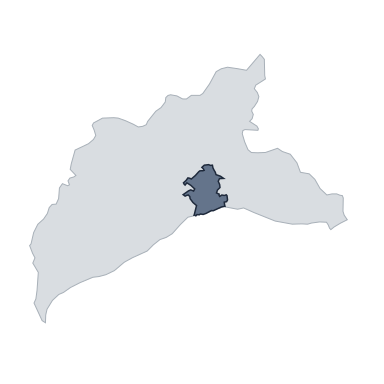 location of Hîncesti within Moldova, rotated 275°
{"feature_id": "MDA-1639", "entity_name": "Hîncesti", "entity_type": "District", "adm_level": 1, "iso_a3": "MDA", "parent_name": "Moldova", "parent_adm1": "", "projection": "natural_earth1", "projection_center": [28.404, 46.831], "detail": "fine", "context": "in_parent", "style": "filled", "palette": "slate", "viewbox_px": 384, "rotation_deg": 275, "n_neighbors": 0, "source": "natural_earth", "source_scale": "10m", "svg_char_len": 2871}
<svg xmlns="http://www.w3.org/2000/svg" viewBox="0 0 384 384"><g transform="rotate(275 192 192)"><path d="M49.0,57.4L50.8,53.9L67.6,44.3L71.9,45.8L80.6,46.2L98.5,45.9L107.3,39.6L112.7,41.3L117.1,38.5L124.5,34.9L125.5,35.7L126.4,36.2L137.8,37.8L146.4,41.2L152.1,46.5L158.0,49.8L164.0,51.1L167.4,53.7L168.1,57.7L173.8,59.7L184.5,59.6L189.0,62.2L187.4,67.6L188.5,69.3L192.3,67.5L195.2,69.1L196.7,73.0L198.4,74.9L203.9,68.7L209.7,69.3L223.6,71.9L231.1,84.7L235.8,89.3L239.9,91.2L245.0,89.2L249.6,86.8L252.2,87.9L257.8,96.4L259.2,107.5L259.2,112.0L257.2,119.6L254.4,127.6L252.1,132.8L253.1,137.1L255.1,140.6L258.5,141.7L269.3,148.9L273.4,153.8L279.3,157.5L283.8,157.7L286.1,159.7L287.0,162.2L286.4,168.6L283.9,174.5L284.2,178.4L288.2,182.9L288.7,188.2L289.0,191.6L291.1,194.2L301.1,200.0L314.0,205.6L317.3,210.4L319.4,216.5L318.8,226.8L318.0,235.7L335.0,247.8L333.1,250.0L330.5,252.5L314.3,254.3L311.0,255.3L304.0,246.2L300.3,245.1L296.8,248.4L292.8,250.3L287.9,249.4L282.6,246.6L280.0,244.6L277.8,244.4L274.6,246.3L270.2,245.5L267.4,243.2L263.3,250.9L260.8,252.6L259.2,252.3L258.8,239.3L257.6,237.3L254.4,237.0L246.5,240.1L239.0,244.1L236.5,247.7L236.8,254.1L237.8,261.8L243.0,273.4L240.2,278.5L238.2,286.6L230.2,294.0L221.1,298.3L220.3,307.2L215.3,313.3L206.6,319.3L200.8,326.6L202.3,331.6L202.7,336.4L201.7,339.6L201.5,342.1L199.2,343.2L185.9,344.1L182.2,345.6L177.9,349.1L173.8,342.5L169.6,336.7L166.6,333.6L167.9,332.2L171.2,330.5L173.6,328.6L173.3,321.7L171.5,313.8L170.0,310.0L169.8,304.0L168.7,294.7L170.3,277.4L176.9,255.6L180.6,244.8L178.8,238.9L180.2,225.1L177.4,218.3L172.9,209.4L166.5,190.1L158.6,183.3L148.8,176.0L144.6,170.4L141.8,164.2L136.0,158.1L129.3,152.5L121.4,138.5L117.2,132.2L116.0,130.5L106.9,121.5L102.1,113.4L99.7,106.8L98.4,100.6L92.0,88.5L86.3,79.3L80.8,72.8L78.3,68.2L71.8,62.4L62.6,57.8L56.7,57.0L49.0,57.4Z" fill="#d9dde1" stroke="#a8b0b8" stroke-width="1"/><path d="M170.7,204.2L170.8,203.0L170.8,202.2L169.9,201.2L170.0,199.9L169.9,198.8L168.6,197.9L169.3,196.4L169.2,196.1L170.0,196.3L178.9,197.7L181.6,193.9L185.2,190.7L187.3,190.2L188.7,188.5L188.1,186.9L187.3,185.5L188.6,183.4L192.9,188.5L194.0,190.6L193.1,193.5L195.3,194.4L198.5,190.3L200.7,186.1L198.3,184.5L199.2,183.4L200.4,182.7L203.0,185.1L205.7,186.7L205.5,188.5L204.9,190.2L208.7,193.9L212.7,196.9L213.7,197.9L214.0,199.4L214.1,200.9L214.6,202.2L216.1,201.3L217.4,199.7L219.8,201.9L220.7,206.2L220.1,208.0L220.5,210.0L218.0,210.7L215.8,212.0L213.7,213.5L211.4,214.4L210.2,219.0L208.3,222.3L207.7,218.2L205.0,217.2L201.8,218.9L198.9,219.5L196.2,217.2L193.2,216.5L192.7,217.8L192.3,219.2L191.0,219.3L190.0,220.0L191.6,222.0L191.4,224.0L191.5,225.1L192.2,226.3L191.4,227.2L187.2,228.1L185.4,227.3L184.7,225.0L182.1,225.6L180.6,226.1L180.6,225.7L179.8,222.9L175.2,214.8L175.2,212.9L171.9,207.9L170.6,205.0L170.7,204.2Z" fill="#64748b" stroke="#1e293b" stroke-width="1.5"/></g></svg>